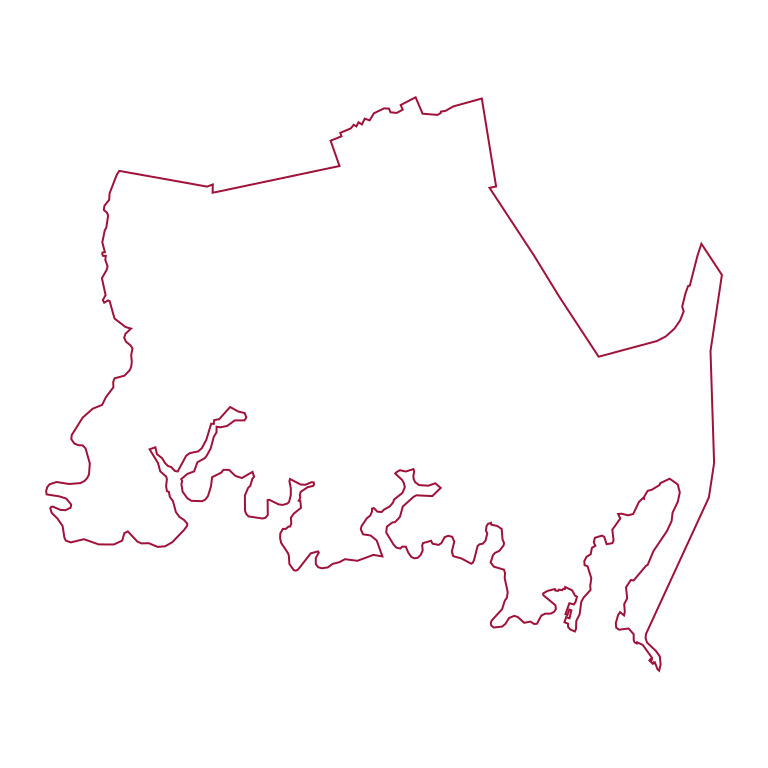 outline of Georges River, New South Wales, Australia
{"feature_id": "25037944B98162521374910", "entity_name": "Georges River", "entity_type": "district", "adm_level": 2, "iso_a3": "AUS", "parent_name": "Australia", "parent_adm1": "New South Wales", "projection": "equal_earth", "projection_center": [151.093, -33.973], "detail": "fine", "context": "isolated", "style": "outline", "palette": "rose", "viewbox_px": 768, "rotation_deg": 0, "n_neighbors": 0, "source": "geoboundaries", "source_scale": "gbopen_adm2", "svg_char_len": 6088}
<svg xmlns="http://www.w3.org/2000/svg" viewBox="0 0 768 768"><path d="M481.8,98.5L453.4,106.4L445.6,110.8L440.9,111.6L440.7,113.0L437.6,114.9L422.6,113.7L415.6,97.3L400.7,105.0L402.7,109.7L396.7,112.9L390.5,112.3L389.0,108.6L384.0,108.4L373.9,113.3L369.6,120.4L364.8,118.6L361.9,124.4L358.5,122.3L356.4,126.4L353.7,124.8L350.8,128.4L340.3,132.8L341.4,136.3L330.6,140.7L339.5,166.0L218.8,191.5L212.6,192.7L212.8,184.5L207.0,186.6L119.3,170.9L116.7,174.9L109.6,193.3L109.2,199.8L104.5,205.7L103.9,208.8L103.9,210.0L107.0,212.7L108.1,215.6L106.3,227.8L104.8,230.2L102.3,242.3L104.9,252.2L102.5,252.5L102.2,253.9L102.9,255.8L105.8,255.9L105.3,260.0L107.6,266.4L106.6,270.0L101.9,278.2L105.6,295.1L102.8,300.1L104.2,302.7L107.9,300.5L109.6,301.0L114.5,318.5L125.5,327.0L131.0,328.6L125.5,333.7L124.2,337.8L125.9,341.6L130.5,345.4L132.5,348.5L131.2,355.1L131.8,362.0L131.2,366.7L129.8,370.1L124.4,375.7L114.6,378.3L113.2,381.9L113.4,387.3L106.0,397.0L102.1,404.9L92.7,408.7L82.6,417.7L71.7,435.1L71.3,439.2L74.4,443.6L78.5,445.2L82.7,445.4L85.6,448.5L89.8,463.5L89.0,474.5L87.2,478.0L84.6,480.9L80.4,483.1L69.0,484.0L56.6,482.0L49.6,484.3L47.3,487.0L46.1,491.1L46.6,494.4L59.4,496.4L66.3,498.6L71.2,504.6L70.6,507.7L65.4,510.2L60.5,509.9L52.8,506.6L51.1,506.9L50.3,508.3L51.7,512.9L57.5,518.6L62.6,526.0L64.4,537.7L65.8,540.6L70.7,542.4L84.0,539.2L98.7,544.4L113.8,544.5L122.2,540.6L124.3,533.2L127.8,531.4L137.5,541.7L141.5,543.4L148.8,543.2L157.6,546.9L165.1,546.3L172.3,542.2L184.3,529.7L187.1,525.7L187.4,523.8L184.1,520.0L179.5,517.0L175.9,512.1L173.0,501.2L169.8,496.8L168.9,491.9L166.9,491.1L166.1,486.0L166.9,479.2L166.2,476.6L160.2,471.3L158.0,463.1L149.6,449.3L155.4,447.3L156.9,454.1L162.1,458.2L165.1,463.2L168.0,466.0L171.3,467.1L174.9,471.0L177.7,471.5L186.2,455.7L189.9,453.1L198.2,451.4L201.8,448.2L206.3,439.8L211.2,423.7L213.8,423.9L214.2,420.1L219.2,419.2L230.1,407.0L238.2,411.5L244.7,413.1L246.3,417.4L244.5,420.4L234.8,420.4L227.0,426.0L220.4,427.3L216.6,426.7L216.5,432.4L213.8,436.8L210.7,448.4L206.6,455.9L204.8,458.1L197.4,462.3L194.1,471.4L187.4,473.9L181.2,479.1L182.2,481.1L181.4,484.0L182.6,491.7L187.3,498.2L191.3,500.8L202.2,501.2L205.4,499.5L208.0,496.0L211.0,486.2L212.1,477.2L221.3,472.6L223.3,469.9L229.1,469.9L235.5,476.0L241.9,478.0L252.5,471.9L254.1,476.8L252.3,478.9L250.4,485.6L248.0,488.1L244.9,495.5L245.0,510.6L246.2,513.9L248.5,516.4L262.5,518.5L265.4,517.8L267.8,515.0L267.6,500.1L269.3,499.8L278.7,504.4L282.9,504.9L287.5,503.5L289.2,501.6L290.8,494.9L290.8,488.2L289.4,481.1L290.1,479.0L300.5,484.5L305.6,484.7L311.5,482.2L313.7,482.4L314.0,484.4L313.2,485.9L307.7,487.2L300.7,491.8L299.8,494.8L300.3,497.6L298.8,500.7L300.3,500.8L301.0,507.8L293.7,513.7L290.9,517.7L291.3,523.9L290.0,526.6L288.4,526.6L285.8,528.9L282.9,528.9L280.3,533.4L280.1,538.1L281.1,542.8L287.7,552.7L288.8,555.3L289.4,564.0L293.7,570.1L295.8,570.7L298.1,569.5L310.8,553.3L318.1,551.4L318.8,552.6L315.8,558.0L315.8,564.1L318.2,567.2L321.8,568.3L327.8,567.4L332.6,563.9L339.3,562.2L345.0,559.2L357.4,560.8L373.4,554.9L382.4,556.4L376.7,540.5L370.6,535.5L363.0,534.3L360.8,529.4L361.5,526.2L366.9,518.2L370.3,515.5L372.0,511.5L372.0,508.6L373.9,508.1L377.4,511.7L381.7,512.0L384.0,509.6L389.5,506.6L393.2,502.4L393.9,499.7L402.4,492.9L404.8,487.3L403.9,483.2L402.2,480.0L395.2,473.5L396.3,472.3L399.9,470.2L405.8,471.5L413.4,469.1L414.2,471.2L413.3,476.6L413.8,479.4L415.2,482.2L419.1,485.1L428.4,485.7L435.3,483.3L440.7,487.9L432.3,496.1L416.4,495.3L413.6,496.8L402.8,506.5L400.0,516.7L398.1,519.0L394.9,522.2L392.5,522.4L386.9,526.6L386.2,532.5L393.7,544.8L396.5,547.7L400.3,548.5L402.2,546.7L405.8,546.7L408.3,552.7L411.3,556.9L414.1,558.3L417.6,557.9L420.7,554.9L422.7,550.4L422.2,545.4L423.0,543.1L431.1,540.8L432.5,543.7L438.6,544.9L441.4,543.1L444.7,537.1L448.3,535.8L452.1,536.8L454.3,541.5L451.8,551.7L453.3,556.2L461.3,558.4L471.2,563.7L472.9,562.7L474.2,559.4L477.6,546.0L479.5,544.3L482.8,543.7L485.5,540.7L487.3,533.3L485.9,530.7L486.5,526.2L488.1,523.8L491.0,522.8L491.2,524.6L497.3,526.0L501.7,529.0L502.5,539.3L504.0,542.9L503.6,545.4L499.5,550.7L494.9,553.0L493.0,555.1L490.6,562.5L493.9,566.7L504.0,569.7L505.0,573.0L504.7,578.2L507.7,592.1L506.9,597.7L504.7,600.9L502.1,609.2L491.8,620.4L490.8,622.7L491.3,625.6L493.6,627.5L502.1,626.6L505.3,624.0L509.1,618.0L514.2,615.9L517.6,616.9L524.2,622.8L530.3,621.6L534.3,624.0L537.0,623.7L541.3,615.6L545.0,613.7L550.8,613.6L554.1,611.8L555.9,609.1L555.4,605.2L543.3,595.2L543.2,593.4L547.5,590.9L554.2,589.2L555.1,589.2L555.3,590.5L558.0,590.9L558.9,589.6L562.2,590.2L563.4,588.7L564.9,589.0L565.2,587.0L572.2,590.4L575.0,595.6L577.0,596.7L575.5,602.0L573.8,604.5L569.4,603.2L565.4,614.2L567.4,615.1L569.4,609.6L571.4,610.4L569.5,618.3L566.1,617.1L564.5,622.3L567.9,623.5L568.1,626.9L570.0,629.3L574.8,631.5L576.0,629.0L576.3,620.9L579.6,614.4L581.3,601.8L583.5,597.7L590.6,589.8L590.2,586.2L591.3,578.1L587.5,566.2L584.6,565.2L584.3,561.2L586.5,556.8L590.7,554.2L591.9,547.8L595.4,545.8L593.8,542.3L594.9,537.8L602.0,535.6L604.2,536.8L606.6,544.2L612.3,543.2L613.6,540.4L612.3,529.7L620.3,518.5L618.1,514.0L621.7,513.7L628.0,515.3L633.2,514.0L638.9,502.0L642.9,498.1L644.0,498.7L643.9,497.2L647.6,490.9L651.9,489.7L659.6,485.0L660.2,483.2L669.7,478.7L677.7,484.4L679.8,492.4L677.8,501.8L672.6,512.6L671.6,521.1L666.8,531.3L653.5,551.0L647.7,564.8L645.8,566.0L633.6,580.5L630.8,580.0L626.0,587.3L627.2,598.3L624.2,604.1L624.8,612.0L624.0,615.4L620.0,612.1L618.1,615.0L615.8,623.2L616.2,627.7L619.1,629.7L628.5,628.5L629.6,629.6L633.7,634.3L633.7,640.2L634.6,642.3L636.8,643.5L637.2,642.3L642.8,645.0L652.2,658.1L651.5,660.6L650.4,659.3L649.4,660.5L652.8,663.8L653.9,662.2L654.7,662.9L654.3,664.2L655.1,663.0L657.5,669.3L659.1,670.7L660.6,664.5L659.8,656.4L655.9,651.0L647.0,642.5L645.5,637.9L646.1,633.7L708.9,497.4L714.1,463.0L710.5,351.0L721.9,274.9L701.4,243.8L697.6,255.2L689.8,285.6L688.1,286.0L685.5,293.2L682.2,306.7L683.7,311.4L680.1,320.4L674.4,328.7L665.7,336.5L656.7,341.1L598.6,356.7L559.0,296.3L533.6,254.9L489.5,187.8L496.1,186.5L481.8,98.5Z" fill="none" stroke="#9f1239" stroke-width="2"/></svg>